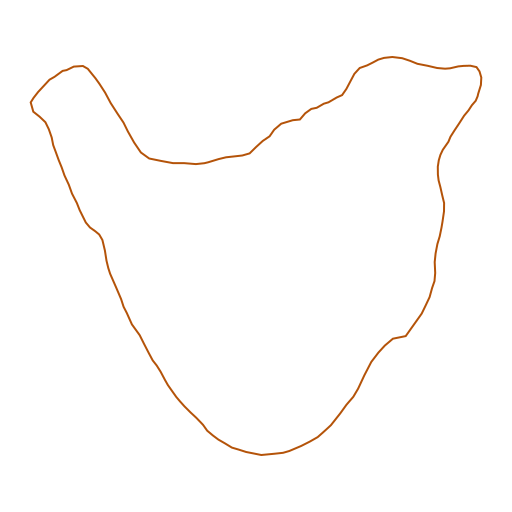 Addoo, Maldives (Robinson projection)
{"feature_id": "70690204B51409682910063", "entity_name": "Addoo", "entity_type": "district", "adm_level": 2, "iso_a3": "MDV", "parent_name": "Maldives", "parent_adm1": "", "projection": "robinson", "projection_center": [73.16, -0.641], "detail": "fine", "context": "isolated", "style": "outline", "palette": "amber", "viewbox_px": 512, "rotation_deg": 0, "n_neighbors": 0, "source": "geoboundaries", "source_scale": "gbopen_adm2", "svg_char_len": 2154}
<svg xmlns="http://www.w3.org/2000/svg" viewBox="0 0 512 512"><path d="M261.3,455.0L274.9,453.7L283.1,452.8L289.3,451.0L301.1,446.0L309.8,441.6L317.7,437.1L324.7,430.9L330.9,425.2L340.3,413.3L346.5,404.7L353.3,396.8L358.1,388.7L364.4,375.2L371.3,361.9L378.4,352.6L384.8,345.6L392.9,338.7L405.7,336.1L421.7,313.6L425.3,306.2L429.6,297.1L432.1,288.0L434.5,281.1L435.2,273.0L434.7,262.1L435.6,253.4L437.4,244.0L439.7,236.4L441.5,227.6L442.5,221.7L444.0,211.4L444.1,203.0L442.2,195.2L440.4,187.2L438.6,180.4L437.9,174.6L437.8,166.7L438.8,160.2L440.4,154.9L442.8,149.8L448.4,141.8L450.5,136.7L454.7,130.1L459.1,123.5L464.1,115.7L468.5,110.4L471.9,105.2L475.7,100.8L477.6,96.3L478.2,93.7L480.9,85.0L481.3,77.5L479.5,71.4L476.5,67.1L470.3,65.7L463.5,65.9L458.3,66.4L450.1,68.3L445.1,68.7L437.1,68.0L427.7,65.8L417.4,63.8L410.0,60.8L402.2,58.2L392.3,57.0L384.0,57.9L378.3,59.6L372.7,62.6L367.1,65.4L359.7,68.0L354.4,73.8L351.2,79.8L346.4,88.9L342.1,95.1L336.7,97.5L328.5,102.3L323.8,103.7L316.7,107.8L311.3,108.9L305.2,113.3L299.9,119.5L292.8,120.2L281.2,123.7L274.2,129.7L269.6,136.3L262.8,140.9L256.1,147.0L249.6,153.4L242.3,155.5L234.3,156.4L226.0,157.3L218.6,159.1L208.1,162.3L204.4,163.2L195.9,164.1L183.7,163.1L172.8,163.1L160.9,160.9L149.2,158.5L140.9,152.5L134.1,142.5L127.9,131.5L123.5,122.6L117.6,113.8L110.7,103.1L105.1,92.6L99.4,83.8L95.4,78.2L92.3,74.4L87.8,68.8L82.9,66.0L73.8,66.6L66.6,70.1L62.6,70.9L54.4,76.9L49.5,79.7L44.7,84.9L38.2,91.9L33.6,97.8L30.7,102.4L33.3,111.7L39.5,116.6L45.4,122.2L48.8,129.2L51.7,137.5L53.2,145.1L55.8,152.1L58.7,160.1L61.6,167.2L64.5,175.5L68.8,184.7L72.0,193.6L76.9,203.1L79.7,210.2L85.8,222.5L90.0,227.5L95.2,231.2L99.2,234.5L102.4,240.0L104.9,250.5L106.5,260.7L108.3,268.1L110.1,273.7L116.1,287.4L121.1,299.1L123.6,306.8L126.8,313.0L129.4,318.8L131.9,324.4L134.5,328.0L139.7,335.2L143.9,343.6L148.8,353.1L152.7,360.4L156.7,365.5L160.6,371.7L165.0,380.0L167.9,385.1L172.9,392.2L176.3,397.0L180.2,401.6L184.5,406.4L190.6,412.5L196.4,417.9L203.0,424.8L207.2,430.7L212.8,435.4L218.4,439.6L225.0,443.4L231.9,447.6L238.7,449.6L246.2,452.0L253.3,453.4L261.3,455.0Z" fill="none" stroke="#b45309" stroke-width="2"/></svg>